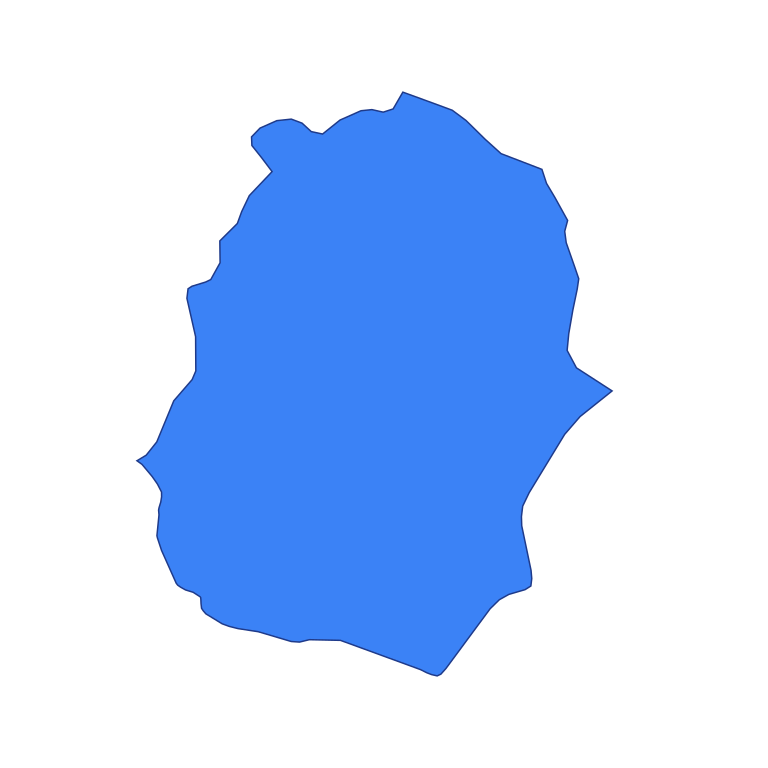 Kaffrine, Albers equal-area conic projection, rotated 110°
{"feature_id": "SEN-5516", "entity_name": "Kaffrine", "entity_type": "Region", "adm_level": 1, "iso_a3": "SEN", "parent_name": "Senegal", "parent_adm1": "", "projection": "albers", "projection_center": [-15.14, 14.22], "detail": "fine", "context": "isolated", "style": "filled", "palette": "blue", "viewbox_px": 768, "rotation_deg": 110, "n_neighbors": 0, "source": "natural_earth", "source_scale": "10m", "svg_char_len": 1419}
<svg xmlns="http://www.w3.org/2000/svg" viewBox="0 0 768 768"><g transform="rotate(110 384 384)"><path d="M540.6,589.9L532.2,583.1L516.1,577.7L471.7,575.8L445.5,565.8L436.1,565.3L404.0,577.2L370.9,598.5L361.5,600.7L357.8,597.9L349.2,586.5L345.1,582.5L326.1,579.5L305.7,587.2L283.3,576.7L270.6,576.7L253.0,575.0L222.7,561.8L213.1,576.6L205.1,589.7L197.1,593.0L185.9,588.0L173.2,574.8L166.8,561.7L166.9,550.2L171.7,538.7L170.1,527.2L151.0,515.6L135.1,499.1L130.3,489.2L128.8,477.7L122.4,469.5L103.3,466.1L103.3,443.1L103.4,413.5L108.3,397.1L119.5,372.5L127.5,352.8L128.3,309.0L139.9,299.9L150.1,287.4L167.5,267.4L178.7,266.4L188.9,261.1L209.3,244.4L218.5,237.0L228.7,234.9L250.1,231.8L273.5,227.6L289.8,223.4L303.0,208.7L312.5,167.3L347.5,188.6L369.5,197.0L436.4,210.4L451.3,211.9L461.6,209.5L470.1,206.1L508.8,182.1L516.3,178.6L523.6,176.9L529.0,181.1L539.0,194.7L547.2,201.8L558.9,207.4L630.2,228.5L637.2,231.3L640.1,234.2L640.8,239.9L640.7,245.1L639.9,252.0L639.8,337.3L649.8,366.7L655.4,375.1L657.7,383.1L659.8,417.5L663.8,437.6L664.7,446.5L664.7,454.1L660.9,472.8L659.0,476.2L657.2,478.7L653.0,480.8L649.1,482.4L647.3,483.3L646.8,484.1L645.0,492.1L645.4,500.1L644.5,505.6L643.6,509.0L642.3,511.1L616.5,536.1L606.1,544.3L604.2,545.5L583.9,550.7L579.6,552.7L577.0,553.1L571.3,553.4L566.1,554.4L561.6,556.1L555.5,562.7L550.3,570.1L542.3,583.9L540.6,589.9Z" fill="#3b82f6" stroke="#1e3a8a" stroke-width="1.5"/></g></svg>